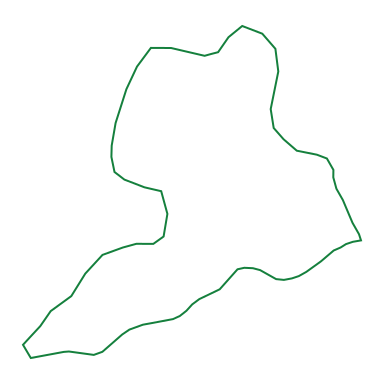 the district of Pakchon, P'yŏngan-bukto, North Korea
{"feature_id": "82179303B99885007667227", "entity_name": "Pakchon", "entity_type": "district", "adm_level": 2, "iso_a3": "PRK", "parent_name": "North Korea", "parent_adm1": "P'yŏngan-bukto", "projection": "equal_earth", "projection_center": [125.607, 39.693], "detail": "fine", "context": "isolated", "style": "outline", "palette": "green", "viewbox_px": 384, "rotation_deg": 0, "n_neighbors": 0, "source": "geoboundaries", "source_scale": "gbopen_adm2", "svg_char_len": 1027}
<svg xmlns="http://www.w3.org/2000/svg" viewBox="0 0 384 384"><path d="M361.0,240.4L359.0,234.2L352.5,222.8L346.1,207.7L342.9,200.1L336.4,188.7L333.3,177.4L333.4,169.9L326.9,158.5L316.9,154.7L296.8,150.7L283.6,139.3L273.7,128.0L270.7,109.1L274.5,90.3L278.3,71.5L275.4,48.8L262.3,33.7L242.2,26.0L228.5,37.2L218.1,52.2L211.1,54.0L204.6,55.8L187.8,51.9L171.1,48.0L150.9,47.9L137.0,66.6L126.4,89.2L115.6,123.0L111.7,145.6L111.4,156.9L114.5,172.0L124.4,179.6L144.4,187.3L161.2,191.2L167.4,213.9L163.6,236.5L153.3,243.9L136.4,243.8L122.9,247.5L102.5,254.9L85.3,273.6L71.3,296.1L50.7,311.1L40.3,326.1L29.9,337.3L23.0,344.8L30.8,358.0L63.8,351.9L68.9,351.5L93.8,354.9L102.4,351.8L122.2,334.5L129.4,329.6L142.9,324.7L151.7,323.1L173.0,319.1L179.8,316.0L186.4,310.8L192.2,304.4L199.3,299.1L219.7,289.3L237.5,269.3L244.3,267.8L252.9,268.2L260.1,270.1L276.1,279.1L283.9,279.9L291.9,278.4L298.8,276.1L306.3,271.9L320.9,261.4L333.7,250.5L340.6,247.5L346.0,244.1L352.9,241.8L361.0,240.4Z" fill="none" stroke="#15803d" stroke-width="2"/></svg>